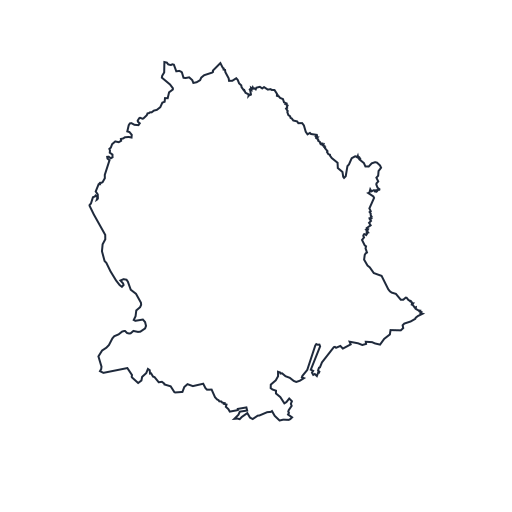 Maria La Baja, Bolívar, Colombia, rotated 292°
{"feature_id": "7082276B12407148553897", "entity_name": "Maria La Baja", "entity_type": "district", "adm_level": 2, "iso_a3": "COL", "parent_name": "Colombia", "parent_adm1": "Bolívar", "projection": "robinson", "projection_center": [-75.303, 9.961], "detail": "fine", "context": "isolated", "style": "outline", "palette": "slate", "viewbox_px": 512, "rotation_deg": 292, "n_neighbors": 0, "source": "geoboundaries", "source_scale": "gbopen_adm2", "svg_char_len": 6095}
<svg xmlns="http://www.w3.org/2000/svg" viewBox="0 0 512 512"><g transform="rotate(292 256 256)"><path d="M90.8,154.5L90.5,158.3L103.9,178.7L99.2,185.6L97.4,186.0L96.9,186.7L94.1,194.3L97.6,196.4L101.3,195.7L106.3,198.1L110.8,198.1L110.3,200.2L107.3,201.8L107.9,202.7L105.6,205.7L105.7,207.3L102.5,213.1L104.1,215.9L103.3,218.8L102.6,219.2L103.2,225.7L99.2,231.3L99.2,232.2L102.4,238.7L107.7,238.6L111.5,240.5L111.7,246.2L117.8,254.9L114.5,258.7L113.7,260.7L115.5,264.9L109.7,270.9L108.4,273.7L108.3,275.3L107.5,276.4L108.1,278.4L107.4,279.6L107.8,281.9L106.9,281.8L107.2,284.3L104.9,284.5L103.7,287.7L101.9,290.0L105.8,296.1L106.5,296.9L107.4,296.4L112.0,303.8L109.4,305.7L105.6,299.3L102.2,299.2L96.9,296.9L98.3,299.7L98.6,302.0L101.4,303.1L107.1,306.8L103.9,311.0L103.6,314.0L108.6,317.4L109.4,318.9L115.4,324.9L117.0,328.1L118.2,328.9L114.8,333.2L112.3,339.5L114.5,342.6L116.3,347.7L117.6,348.9L119.9,349.9L121.0,345.1L122.9,345.3L123.8,344.2L125.4,344.1L130.4,345.2L132.0,343.7L134.8,343.7L136.3,340.2L131.9,338.9L130.0,337.5L134.3,331.4L136.0,326.0L138.6,325.0L138.4,321.2L139.0,319.1L142.3,317.9L148.1,320.9L152.8,321.5L156.9,319.8L157.0,322.1L156.2,322.8L157.0,324.1L155.6,328.4L155.7,333.0L154.3,337.8L154.3,340.5L156.8,343.4L160.7,346.2L160.7,344.0L162.2,343.9L169.5,346.2L195.2,344.5L196.9,344.9L196.8,346.2L197.6,348.0L196.2,349.3L171.1,349.4L170.9,352.0L168.8,351.6L167.2,353.6L168.6,354.7L167.5,357.4L171.2,357.3L171.4,358.1L172.5,358.1L173.0,356.5L174.3,356.3L176.1,356.3L176.7,357.0L182.1,357.0L200.6,362.3L201.3,363.2L200.9,364.6L204.2,367.9L202.7,371.2L209.5,376.9L211.6,374.9L213.3,383.4L213.3,387.9L215.7,391.0L217.6,389.9L219.6,395.9L219.5,399.0L220.3,404.2L227.2,405.9L233.4,409.5L237.7,408.5L241.3,418.1L244.3,419.5L246.7,417.9L248.9,418.8L253.2,423.9L257.4,427.2L258.6,427.2L261.0,428.6L264.9,432.1L264.8,429.9L266.0,430.2L265.9,428.5L266.8,428.6L266.4,427.0L266.8,423.9L268.4,423.4L267.6,422.5L269.2,420.0L269.3,418.8L271.0,419.4L270.7,418.2L271.5,417.8L271.7,416.1L272.3,416.1L272.2,414.0L273.7,411.3L273.5,410.4L270.6,408.9L269.7,406.6L273.3,399.9L272.9,395.5L273.4,393.4L274.7,391.1L284.6,379.9L284.3,371.6L288.1,365.7L288.9,363.0L293.1,357.6L297.8,356.4L299.6,356.7L300.8,357.6L304.1,354.7L306.2,354.4L306.6,352.8L310.6,348.3L313.7,349.2L314.9,347.9L316.5,347.9L317.1,348.7L316.7,350.3L318.6,350.7L319.3,349.9L319.9,351.0L321.4,348.6L321.9,349.8L322.8,349.9L322.6,348.4L323.3,348.1L327.4,350.8L329.1,348.4L331.6,349.5L332.8,347.7L333.3,348.2L333.6,347.6L334.0,348.3L334.2,347.7L335.5,347.9L335.8,348.4L337.0,346.9L338.3,346.5L339.3,344.9L340.5,345.6L342.6,343.3L354.1,343.7L355.2,342.5L356.4,336.5L357.3,337.4L360.6,337.0L359.2,338.8L361.2,340.7L361.2,341.6L360.4,342.1L360.7,343.6L361.4,343.9L362.0,342.8L363.6,345.5L364.2,345.4L364.8,343.2L367.3,340.8L368.4,340.5L370.9,341.4L373.7,338.3L376.2,339.2L380.7,337.8L384.7,338.9L386.4,337.1L387.9,333.2L387.6,331.3L385.3,328.6L381.2,327.0L380.0,323.9L382.6,321.2L384.3,315.7L385.1,315.9L385.2,315.0L385.5,315.7L386.3,314.7L386.0,313.6L387.0,312.9L386.1,312.9L385.6,310.6L382.5,308.1L375.7,307.9L373.6,307.1L363.6,309.3L361.4,308.4L362.1,307.2L366.3,304.7L368.2,298.9L373.0,296.7L375.2,289.5L376.8,287.0L377.6,286.6L377.5,285.0L379.0,282.9L380.0,283.0L381.8,279.6L382.7,279.4L382.6,278.5L383.5,278.4L383.5,276.9L384.6,276.8L383.8,276.0L384.1,275.2L384.7,275.3L384.4,276.1L385.2,275.6L384.9,274.5L384.0,274.2L384.2,273.6L385.7,272.5L386.2,270.4L387.4,270.0L387.8,268.0L389.1,268.6L388.7,267.1L389.1,266.6L390.2,267.6L391.1,267.0L389.7,261.3L390.3,259.9L388.1,258.2L389.8,255.6L395.0,251.5L396.5,249.0L395.0,245.5L396.2,243.7L395.6,239.8L396.9,237.7L397.0,236.3L398.3,235.3L398.8,233.2L401.2,231.1L402.3,231.1L403.9,228.7L405.0,229.4L405.6,228.8L407.4,228.9L407.6,227.7L408.6,227.4L408.2,226.5L408.9,226.6L409.0,224.4L411.6,222.2L411.6,219.1L412.6,217.3L412.4,216.2L413.0,216.0L412.6,215.3L414.2,214.7L416.8,211.0L415.8,208.1L416.2,207.1L414.7,204.6L415.6,200.2L413.7,199.0L414.3,196.2L412.2,193.3L410.4,193.3L410.8,191.6L410.1,190.8L411.2,189.7L409.7,189.5L410.0,188.5L408.1,189.6L408.3,187.1L407.8,188.3L403.9,190.8L403.4,190.7L403.0,189.6L401.6,189.1L403.1,188.7L403.4,185.1L405.4,183.0L405.0,182.7L407.1,179.4L408.7,178.4L409.7,175.7L412.4,173.1L413.4,171.1L409.6,168.4L408.3,165.4L410.5,164.1L415.0,158.7L416.9,157.6L416.7,156.1L417.8,155.8L418.1,154.6L421.5,150.7L411.8,146.6L410.6,147.2L409.6,146.6L404.2,140.2L400.9,138.4L398.1,138.3L394.9,135.9L393.0,133.1L395.2,131.0L396.6,127.1L394.6,124.0L394.1,122.0L398.5,118.5L398.8,117.5L398.9,115.6L397.4,112.9L402.6,108.2L402.4,106.6L401.2,105.6L400.9,104.0L400.8,102.8L401.9,100.9L401.5,98.4L391.8,102.1L387.9,101.5L386.1,101.9L382.8,112.1L380.4,116.1L379.2,116.5L375.2,114.1L369.2,115.0L368.3,112.5L364.8,113.5L363.1,111.7L358.1,111.5L354.3,109.3L352.6,106.9L350.1,105.4L349.5,103.9L348.3,103.2L347.6,102.0L345.6,102.0L341.4,100.1L340.8,99.5L340.7,96.7L340.0,96.1L337.2,95.6L336.3,96.2L335.5,98.5L333.3,98.0L332.1,94.1L332.5,90.7L331.7,89.4L329.6,89.0L323.3,90.0L323.5,92.3L321.8,95.4L319.2,96.2L318.7,93.4L316.9,89.9L315.3,88.9L313.9,86.9L312.3,87.8L310.1,86.1L309.5,82.6L305.8,80.7L302.1,80.8L300.4,79.9L299.1,81.1L297.0,81.7L296.3,84.9L293.8,86.0L292.2,84.8L292.9,82.2L292.2,80.9L290.7,81.8L289.9,84.3L274.6,85.4L271.5,86.7L267.0,86.1L265.9,85.2L265.5,84.0L264.6,83.7L264.0,84.3L263.5,83.2L255.8,83.2L253.8,86.2L250.3,87.8L249.2,87.7L248.6,87.3L251.1,87.1L252.0,84.6L250.8,84.3L249.4,82.8L242.8,83.3L241.1,82.6L240.3,82.8L233.8,90.0L219.1,108.3L215.0,110.0L209.4,109.4L202.7,111.4L194.6,117.5L193.6,119.8L187.3,126.8L180.9,135.4L178.0,140.4L177.2,143.2L179.5,144.1L180.8,143.0L182.5,139.5L184.9,141.9L185.5,144.8L184.2,146.8L177.8,152.5L176.0,158.9L169.6,166.8L167.7,167.8L165.1,167.7L160.7,165.4L155.0,166.9L150.9,166.6L150.7,168.4L154.7,174.9L153.2,177.9L150.0,180.2L147.3,180.3L142.5,177.1L141.4,175.0L140.6,170.4L137.3,168.7L136.6,167.4L136.3,165.3L137.4,162.7L137.1,161.9L135.8,160.2L131.9,158.0L128.5,154.6L125.8,153.7L118.3,153.0L114.9,151.6L110.7,148.7L103.9,147.5L95.5,154.2L93.2,154.8L90.8,154.5Z" fill="none" stroke="#1e293b" stroke-width="2"/></g></svg>